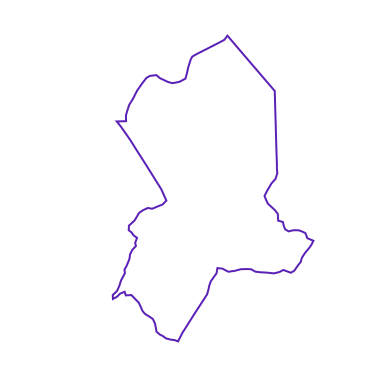 Caetés, Pernambuco, Brazil (Equal Earth projection), rotated 58°
{"feature_id": "56859067B96397731147508", "entity_name": "Caetés", "entity_type": "district", "adm_level": 2, "iso_a3": "BRA", "parent_name": "Brazil", "parent_adm1": "Pernambuco", "projection": "equal_earth", "projection_center": [-36.636, -8.815], "detail": "fine", "context": "isolated", "style": "outline", "palette": "violet", "viewbox_px": 384, "rotation_deg": 58, "n_neighbors": 0, "source": "geoboundaries", "source_scale": "gbopen_adm2", "svg_char_len": 1727}
<svg xmlns="http://www.w3.org/2000/svg" viewBox="0 0 384 384"><g transform="rotate(58 192 192)"><path d="M312.9,150.9L312.9,146.9L310.3,140.8L308.9,136.8L306.1,133.8L303.6,128.5L301.4,121.8L299.8,118.3L297.7,114.9L292.3,118.7L287.0,117.6L284.1,119.4L280.9,121.9L278.1,126.4L276.6,130.9L272.9,132.8L269.2,132.1L265.7,130.8L261.9,134.1L256.2,130.9L251.3,131.3L242.2,133.8L237.7,133.3L233.8,132.6L230.3,126.8L226.8,119.9L225.1,114.2L221.3,109.7L216.8,107.4L213.5,105.3L200.0,97.5L188.9,91.0L150.2,68.3L97.9,76.2L78.2,79.1L80.1,83.9L79.6,91.0L77.5,114.9L77.3,120.0L79.2,123.2L84.7,129.6L88.1,132.8L92.4,137.5L91.9,144.3L89.5,150.7L86.2,153.9L78.4,158.9L74.0,160.3L71.2,166.2L71.1,170.2L73.3,176.2L76.8,184.5L79.2,188.6L81.9,193.0L84.7,198.9L89.1,204.2L92.0,207.4L97.0,210.4L92.3,218.4L99.5,217.6L114.9,216.8L126.4,216.8L144.4,216.6L167.0,216.6L173.4,216.6L185.7,218.3L187.0,223.6L186.0,229.2L185.1,234.7L182.2,237.8L181.5,242.7L181.6,247.8L185.7,255.7L187.1,263.3L190.9,265.9L194.3,264.7L197.9,264.5L201.7,262.9L205.1,267.2L208.1,268.2L209.5,273.4L212.1,277.6L215.7,280.6L220.0,286.6L222.2,290.6L225.2,291.8L229.6,299.3L233.2,303.5L236.2,308.0L237.4,313.8L240.8,315.7L241.1,311.2L240.1,307.0L240.9,302.0L244.6,302.9L247.3,298.0L257.8,295.8L266.8,297.0L270.4,296.5L275.7,293.9L279.0,292.5L283.9,293.1L288.4,294.8L291.7,296.1L295.9,294.8L298.6,293.1L302.4,291.6L305.8,288.4L308.5,285.1L311.3,283.0L306.1,274.3L304.3,270.4L297.2,255.7L286.8,233.4L283.3,229.6L280.5,226.9L277.7,223.4L273.9,214.2L270.0,210.8L273.2,206.7L275.9,205.2L279.0,203.3L281.7,197.0L283.4,191.4L286.5,186.2L288.8,182.8L293.0,180.6L296.1,176.8L300.8,170.2L304.4,165.7L306.2,160.2L306.5,155.9L312.9,150.9Z" fill="none" stroke="#5b21b6" stroke-width="2"/></g></svg>